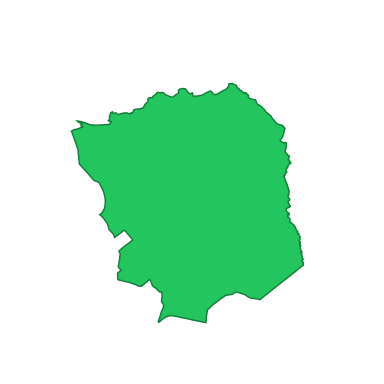 Puok, Siemréab, Cambodia, rotated 142°
{"feature_id": "14789045B68660120235745", "entity_name": "Puok", "entity_type": "district", "adm_level": 2, "iso_a3": "KHM", "parent_name": "Cambodia", "parent_adm1": "Siemréab", "projection": "orthographic", "projection_center": [103.615, 13.442], "detail": "fine", "context": "isolated", "style": "filled", "palette": "green", "viewbox_px": 384, "rotation_deg": 142, "n_neighbors": 0, "source": "geoboundaries", "source_scale": "gbopen_adm2", "svg_char_len": 5986}
<svg xmlns="http://www.w3.org/2000/svg" viewBox="0 0 384 384"><g transform="rotate(142 192 192)"><path d="M231.4,308.5L232.6,310.6L235.8,315.4L236.7,316.5L238.7,318.6L238.5,317.2L238.0,315.9L236.5,313.7L237.5,313.8L238.1,313.5L238.3,313.1L238.5,312.7L238.5,312.1L238.0,310.9L238.0,310.5L239.5,311.1L243.1,312.0L246.9,313.8L247.6,314.0L248.6,313.7L249.5,314.2L251.9,306.6L256.0,294.9L257.5,293.1L261.2,286.9L263.4,283.7L263.5,283.2L262.5,269.1L262.2,262.1L261.6,260.4L260.0,258.0L259.6,257.0L259.5,256.3L260.6,250.3L261.7,246.3L263.3,242.5L265.2,239.1L267.7,236.1L270.0,233.8L271.7,232.7L273.0,232.1L275.6,231.0L276.5,230.8L278.7,230.9L278.3,229.4L278.0,227.8L277.9,224.5L278.0,221.3L278.5,218.3L279.3,216.1L280.3,214.2L280.5,213.4L279.9,207.5L280.1,206.0L281.0,203.8L275.9,203.8L271.1,203.6L270.4,204.1L268.9,203.1L268.6,202.3L268.5,198.8L268.1,190.8L268.7,190.7L269.8,190.6L277.9,190.7L281.5,190.8L286.0,190.4L286.7,187.3L296.3,178.2L296.1,174.0L300.6,173.9L304.4,168.6L303.1,166.8L301.0,164.4L298.8,161.4L297.6,160.0L293.2,153.4L292.9,152.9L292.7,151.8L290.8,149.4L290.2,149.1L287.3,148.9L283.1,149.1L279.3,149.1L279.2,148.3L280.7,142.7L280.7,141.0L279.6,138.3L279.4,135.7L279.1,133.6L278.8,132.8L278.5,132.5L277.5,132.0L277.8,131.3L279.8,128.2L282.7,125.4L283.4,124.5L283.7,123.4L283.6,122.0L283.9,120.5L284.5,119.8L286.0,118.5L287.0,117.9L289.1,116.9L290.9,115.8L292.6,114.4L298.4,110.6L298.6,110.1L298.0,109.7L292.5,110.0L290.1,109.7L286.3,108.5L284.5,107.3L283.1,105.9L280.2,102.8L277.4,99.3L274.8,96.4L269.6,90.0L261.5,80.5L258.4,83.6L257.3,85.1L253.4,88.6L252.5,89.6L251.7,89.6L247.5,90.1L244.1,90.3L235.3,90.2L231.0,89.9L229.3,89.9L228.3,89.3L227.0,88.7L223.4,86.6L220.6,86.4L218.8,86.0L217.3,84.2L214.1,79.5L213.1,77.7L212.4,75.0L211.9,73.8L210.9,72.1L206.3,67.4L204.7,65.4L197.7,65.5L194.4,65.4L186.7,65.6L159.2,65.7L152.2,65.9L150.7,65.7L149.5,65.7L149.0,66.7L147.7,67.8L147.9,68.7L147.7,68.9L147.8,69.9L147.4,70.5L146.7,70.3L146.0,70.4L145.7,71.0L145.7,71.6L144.9,72.9L144.5,74.4L143.6,75.5L143.5,76.0L143.9,76.6L143.8,77.3L142.4,77.1L142.7,78.0L142.5,78.4L141.9,78.9L141.7,79.7L141.8,80.1L141.0,81.4L140.1,83.4L139.5,82.9L139.3,83.7L139.5,84.2L139.2,84.8L138.6,84.7L137.5,86.0L138.0,86.4L137.4,87.6L137.0,87.8L136.0,88.1L135.8,89.1L134.9,89.6L134.8,89.9L134.4,90.2L134.2,90.8L134.5,91.2L134.5,91.9L134.1,92.5L134.1,93.0L133.6,93.4L134.6,94.1L133.2,95.5L133.2,97.2L132.6,99.6L132.1,102.5L132.4,103.3L132.2,103.9L132.4,104.4L132.4,105.0L132.6,105.5L132.6,106.5L133.2,107.0L133.5,107.6L132.5,109.0L132.1,109.4L131.2,111.5L131.6,112.0L131.3,112.6L131.9,113.2L131.5,113.9L130.7,115.1L129.8,114.2L129.1,114.5L128.8,115.0L128.7,116.1L128.9,116.6L129.3,116.7L129.4,118.0L129.1,119.1L128.3,120.6L127.0,120.7L124.9,120.0L124.5,120.7L123.8,120.1L123.4,120.1L123.2,121.0L123.3,121.3L123.1,122.0L123.1,123.3L122.7,123.7L122.2,125.6L121.8,125.6L120.8,125.3L119.7,125.6L119.8,125.9L119.4,127.3L119.4,128.8L119.0,129.6L117.5,130.1L117.2,130.4L117.1,131.0L116.1,131.6L114.6,133.4L114.6,134.6L113.7,135.9L113.6,136.6L113.1,137.9L113.2,138.4L113.0,138.8L112.7,138.9L112.3,139.6L112.3,140.7L111.8,141.2L111.8,142.6L111.2,143.2L110.9,145.0L110.3,146.4L110.3,146.8L109.7,147.4L109.8,147.7L109.6,148.3L108.2,148.1L107.9,148.3L107.3,149.0L105.3,149.1L105.1,149.4L104.9,150.2L104.4,151.7L104.0,151.8L101.9,152.4L101.7,152.9L101.3,152.8L100.1,153.2L99.9,153.6L99.4,153.7L99.1,154.1L98.5,154.3L96.8,153.8L96.4,154.0L96.0,154.6L96.5,154.8L96.8,155.3L96.2,155.8L95.8,157.1L96.2,158.3L94.8,159.2L94.0,159.5L93.5,159.9L93.2,160.3L93.9,162.4L93.7,163.5L94.0,165.9L93.8,166.5L89.5,170.0L89.2,170.4L88.4,171.9L87.7,172.4L87.4,172.9L87.7,173.5L88.4,173.8L89.4,174.0L89.9,174.8L90.6,176.8L90.8,177.9L90.8,178.4L90.4,178.7L90.0,178.9L88.7,178.9L87.3,179.3L86.8,179.7L84.2,181.3L80.5,184.5L79.6,184.9L79.8,187.2L79.6,188.6L81.2,190.6L81.4,191.2L81.7,191.3L82.2,192.2L82.5,192.4L83.1,193.9L83.1,194.9L83.3,197.2L83.2,198.1L83.4,201.0L83.0,203.7L83.9,206.8L84.0,207.9L84.3,208.8L84.4,210.5L84.2,212.0L84.2,213.0L84.5,213.9L84.4,215.5L85.0,217.1L85.5,219.1L86.1,219.5L86.4,220.4L86.4,221.3L86.2,222.4L85.5,224.4L85.4,225.7L86.8,227.0L87.4,228.2L89.1,230.0L89.1,232.0L89.2,232.4L88.3,232.8L88.0,233.5L88.1,234.6L88.5,235.7L88.3,236.6L88.5,236.9L89.2,237.0L89.3,237.9L89.9,238.2L90.3,238.6L90.5,239.3L90.7,241.7L91.4,242.4L91.6,243.9L91.3,244.7L92.3,246.8L92.0,247.5L91.6,247.9L91.4,248.7L91.7,249.4L92.7,250.7L93.1,251.7L93.1,252.3L93.4,252.8L93.9,252.7L96.1,254.4L96.8,254.1L97.2,253.6L98.4,252.8L100.0,252.2L101.6,252.0L106.5,253.0L108.4,253.1L112.2,253.7L113.6,254.4L114.4,255.1L114.9,256.3L114.8,259.0L115.1,260.1L116.0,260.5L120.5,261.6L123.7,261.9L124.2,262.1L128.5,264.2L132.0,266.6L131.9,267.5L130.7,269.9L131.3,270.1L132.9,270.4L133.5,271.2L133.7,272.5L133.7,277.2L134.0,277.7L134.8,278.3L135.8,279.5L136.7,279.6L138.0,280.5L139.8,280.6L140.3,280.4L140.4,280.1L141.0,278.9L141.7,278.4L142.6,278.3L143.2,278.5L148.9,278.7L149.3,279.0L150.0,279.9L151.0,281.4L152.3,283.8L152.9,284.5L153.4,287.6L153.8,288.5L154.9,289.3L155.8,289.6L156.1,289.9L157.2,291.3L157.5,291.5L158.5,291.9L158.9,291.6L159.8,291.3L163.3,291.4L163.6,291.2L163.9,291.3L164.3,291.2L165.4,290.7L166.4,291.5L166.8,292.2L167.2,292.5L167.8,292.8L168.2,292.7L169.2,292.5L169.6,292.3L170.2,291.6L170.9,290.3L171.5,290.1L173.3,290.2L175.4,289.9L178.4,288.4L179.2,288.4L181.5,289.5L182.0,289.5L183.5,290.7L185.3,291.8L187.0,292.5L187.8,292.3L189.6,291.1L190.1,291.0L190.6,291.3L191.3,292.0L192.7,291.6L194.5,294.1L195.2,295.0L196.8,296.0L199.9,297.6L202.1,298.1L202.7,298.9L203.3,301.1L203.5,301.4L203.8,301.7L205.4,301.9L206.0,302.3L205.9,302.7L205.6,303.3L205.3,303.6L205.2,304.0L205.6,304.2L206.7,304.4L207.6,304.3L209.5,302.8L210.3,302.5L210.8,302.0L211.2,301.3L211.5,301.1L211.8,300.4L212.3,300.1L213.6,299.9L213.9,299.7L213.8,298.9L213.4,298.3L212.2,297.7L212.2,297.2L212.9,296.7L215.3,296.3L215.7,296.3L216.3,296.5L219.2,298.8L219.9,299.1L226.4,303.6L230.4,307.2L231.4,308.5Z" fill="#22c55e" stroke="#15803d" stroke-width="1.5"/></g></svg>